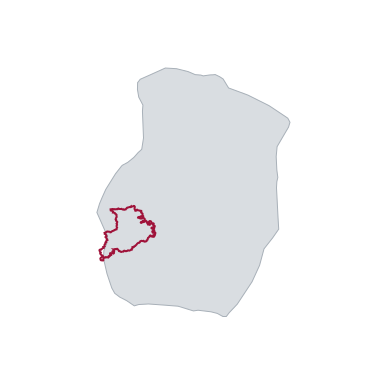 location of Linakeng, Thaba-Tseka, Lesotho, rotated 146°
{"feature_id": "5366337B53729511602766", "entity_name": "Linakeng", "entity_type": "district", "adm_level": 2, "iso_a3": "LSO", "parent_name": "Lesotho", "parent_adm1": "Thaba-Tseka", "projection": "orthographic", "projection_center": [28.976, -29.679], "detail": "fine", "context": "in_parent", "style": "outline", "palette": "rose", "viewbox_px": 384, "rotation_deg": 146, "n_neighbors": 0, "source": "geoboundaries", "source_scale": "gbopen_adm2", "svg_char_len": 6892}
<svg xmlns="http://www.w3.org/2000/svg" viewBox="0 0 384 384"><g transform="rotate(146 192 192)"><path d="M245.2,249.9L235.9,252.9L234.7,253.1L228.7,252.5L220.8,253.2L214.6,254.8L209.8,255.5L202.0,263.9L187.9,286.7L184.1,291.5L183.1,300.4L179.9,307.5L175.9,313.1L171.9,314.4L160.0,312.3L144.8,309.7L135.9,302.9L127.9,294.0L123.7,287.5L119.3,284.0L117.8,282.0L111.6,279.0L109.2,277.5L107.1,276.4L104.6,272.1L103.0,268.3L103.5,257.8L99.0,251.6L91.4,241.0L86.5,232.3L79.8,220.4L75.6,210.2L71.3,199.6L71.8,195.0L75.7,191.8L87.2,186.3L96.1,182.0L102.4,174.3L109.3,162.9L112.7,156.1L116.0,153.0L119.7,148.1L126.1,137.4L133.3,125.5L140.9,112.7L150.7,108.9L164.1,104.6L177.0,93.4L192.4,84.0L217.2,73.7L228.8,71.1L233.2,69.6L236.0,71.5L239.0,77.3L243.3,82.1L253.1,90.6L257.3,92.6L267.4,105.1L278.2,113.7L290.7,123.5L299.1,128.5L303.5,129.9L307.0,138.6L310.6,145.1L312.7,151.2L312.2,157.2L308.2,171.7L302.5,186.5L297.9,192.6L292.3,196.5L286.9,202.3L284.8,214.2L282.3,228.2L275.2,234.0L269.6,237.7L262.0,242.4L245.2,249.9Z" fill="#d9dde1" stroke="#a8b0b8" stroke-width="1"/><path d="M269.2,223.2L269.6,222.5L269.7,222.2L269.0,221.9L269.0,221.3L268.3,220.0L269.1,219.2L268.5,218.7L267.7,217.7L267.7,217.4L267.9,217.1L267.8,216.9L267.5,216.5L267.3,215.3L267.7,214.8L267.9,214.7L268.0,214.0L268.6,213.5L268.8,213.1L269.7,212.9L270.7,211.9L270.5,211.3L270.9,210.9L271.0,210.4L270.9,209.7L270.6,209.3L270.7,208.9L271.5,208.2L271.9,208.1L272.3,207.9L272.3,207.7L272.3,207.4L272.5,206.6L273.3,206.3L273.5,206.0L273.8,205.6L273.9,205.3L274.0,204.3L275.1,203.9L275.4,203.3L275.6,203.4L276.5,203.4L276.9,203.7L277.4,203.9L278.1,203.8L278.3,203.7L278.9,203.9L279.2,203.9L279.8,204.2L281.8,204.0L282.2,204.2L282.1,204.5L282.3,204.9L282.8,205.3L283.1,205.7L283.5,205.8L284.1,206.5L284.5,206.7L284.9,206.8L285.4,206.5L285.6,206.5L286.2,206.9L287.3,207.0L287.3,206.7L287.5,206.6L287.6,206.3L287.8,206.1L287.4,205.3L287.2,204.1L287.3,203.7L287.6,203.6L287.7,203.1L288.8,203.0L288.6,202.4L288.8,201.9L288.8,201.6L288.9,201.1L288.9,200.9L289.0,200.8L288.7,200.2L289.0,199.4L289.7,199.6L290.3,199.4L290.7,199.2L291.1,198.4L291.5,198.7L291.8,198.7L292.4,198.2L292.9,197.4L293.6,197.4L293.9,197.2L294.3,197.0L294.7,195.9L295.1,196.0L295.6,195.7L296.0,195.9L296.0,195.5L296.4,195.1L296.5,195.0L297.0,195.4L297.9,195.3L298.1,195.3L299.5,195.0L300.0,195.5L300.2,195.4L300.9,195.7L301.3,195.5L301.4,195.3L301.8,193.6L301.4,193.0L301.4,192.8L302.5,192.2L302.3,191.8L302.5,191.5L302.4,190.5L302.1,190.1L301.9,189.5L301.7,189.2L301.7,188.6L302.1,188.5L303.1,188.6L303.6,188.4L304.2,188.5L305.1,188.2L305.7,186.9L305.7,186.5L305.4,186.3L305.3,186.0L304.9,185.9L304.6,185.4L304.1,185.0L303.8,184.9L303.5,185.1L303.2,185.8L302.6,186.5L302.1,186.6L301.8,186.5L301.1,186.6L300.4,186.5L300.4,186.1L300.0,186.0L299.6,185.7L299.2,185.7L298.9,185.3L298.6,185.0L298.2,185.0L298.0,184.7L297.8,184.9L297.6,185.2L297.3,185.3L296.9,184.7L296.5,184.8L296.5,185.2L296.4,185.3L296.1,185.2L295.8,184.9L295.4,185.0L295.5,185.6L295.3,185.7L295.0,185.6L294.9,185.3L294.6,185.1L294.3,185.0L294.2,185.3L293.9,185.5L294.0,185.8L293.7,185.9L293.8,186.0L294.1,186.1L294.3,186.5L294.3,186.8L293.9,187.0L293.3,186.4L293.2,186.1L292.7,186.2L292.5,185.9L292.1,185.5L291.9,185.7L291.8,185.9L291.7,185.9L291.5,185.7L291.7,185.4L291.3,185.2L291.3,184.9L291.1,184.9L290.8,185.6L290.9,185.9L290.7,186.0L290.3,185.7L290.2,185.8L290.1,186.2L290.5,186.6L290.8,187.2L290.7,187.2L290.2,186.9L289.9,186.9L289.8,186.7L289.6,186.6L289.5,186.8L289.6,187.3L289.9,187.4L289.8,187.6L289.1,187.6L288.8,187.8L288.9,188.1L288.5,187.8L288.0,187.5L287.8,187.5L287.7,187.7L287.1,187.4L286.7,186.9L286.0,186.9L285.8,186.8L285.6,186.3L285.6,185.9L285.5,185.5L285.5,184.4L285.6,183.9L284.9,183.5L284.8,182.6L284.1,181.8L283.4,181.7L282.1,180.9L281.8,181.0L281.5,181.3L281.2,181.3L280.8,181.1L279.9,179.8L279.5,179.8L278.7,179.4L278.0,179.5L277.5,179.3L277.3,178.9L276.5,178.3L275.8,178.3L275.3,178.1L274.8,178.3L274.2,177.9L273.7,178.5L273.2,178.4L272.8,178.6L272.3,179.7L272.2,179.7L271.3,179.1L270.9,178.9L270.3,179.3L269.5,179.0L269.1,179.0L268.8,179.3L267.7,179.3L266.4,179.8L266.0,179.8L265.7,179.9L265.3,179.8L264.8,179.9L264.2,179.4L263.8,179.4L263.3,179.6L262.9,179.7L262.7,180.0L262.4,180.1L261.2,179.8L260.7,179.1L259.5,178.7L259.3,178.3L259.4,177.7L258.8,177.1L257.9,177.0L257.5,176.7L257.1,176.7L256.5,177.3L255.4,177.3L254.8,178.1L254.2,178.4L254.0,178.6L253.3,178.5L252.6,178.8L252.0,178.7L251.5,179.3L250.8,179.3L250.7,179.2L250.5,178.8L250.4,178.5L250.5,178.0L250.4,177.7L249.6,177.0L249.4,176.6L248.5,176.2L247.8,176.5L248.0,176.7L248.7,177.0L248.7,177.5L248.5,177.8L248.3,177.8L247.9,177.5L246.9,177.2L246.4,177.5L246.7,177.8L246.7,178.0L245.6,178.3L245.3,178.5L245.2,178.6L245.2,179.1L245.4,180.0L245.6,180.3L245.9,180.4L246.8,179.9L247.2,180.1L247.3,180.5L247.0,181.5L246.6,181.7L245.4,181.1L245.0,181.1L244.7,181.3L244.7,181.9L244.8,182.5L245.8,184.4L245.8,184.8L245.6,184.9L245.4,185.0L244.9,184.9L244.2,184.6L244.0,184.2L243.9,183.5L243.6,183.3L243.5,183.5L243.1,183.6L242.1,184.3L241.9,184.6L242.0,185.0L242.7,185.9L242.7,186.3L242.6,186.6L242.4,186.7L242.0,186.6L241.5,187.0L241.4,187.2L241.5,187.6L241.8,187.9L242.0,187.9L242.5,187.8L243.4,188.5L242.6,189.5L242.4,190.3L242.5,190.7L242.9,191.3L243.4,191.6L244.2,191.5L244.6,191.3L244.7,191.0L244.7,190.0L244.9,188.7L245.1,188.5L245.4,188.4L245.8,189.0L246.2,189.4L246.6,189.5L246.6,190.1L246.5,191.6L246.0,192.8L246.2,193.5L246.3,193.9L246.5,193.9L246.8,193.7L248.6,194.0L250.2,194.7L251.3,194.7L251.5,194.9L251.6,195.1L251.6,195.3L251.2,195.6L250.8,195.6L249.7,195.2L248.8,195.6L248.7,195.5L248.3,195.1L247.8,194.9L246.7,195.6L246.3,196.0L246.3,196.7L246.7,197.6L246.9,197.8L247.3,198.1L247.5,198.2L248.5,198.1L249.7,198.9L250.4,200.3L251.0,200.6L251.1,200.8L251.0,201.1L250.6,201.2L249.9,201.0L249.3,200.5L248.0,200.5L247.6,200.3L247.0,199.0L246.8,198.8L246.3,198.7L245.9,199.2L246.0,200.5L245.9,200.8L245.3,201.3L245.1,201.7L245.2,202.4L245.5,202.9L245.7,203.4L245.4,203.8L244.7,204.3L244.6,204.6L244.8,204.7L245.0,205.2L245.6,205.4L246.3,206.5L247.1,207.0L247.4,208.1L248.4,208.2L248.8,207.9L249.0,207.8L249.5,208.2L249.4,208.5L249.1,208.7L249.1,209.3L249.2,209.5L249.1,210.2L248.0,211.3L247.6,211.9L247.7,212.7L248.2,213.1L249.0,213.1L250.0,213.6L250.9,213.6L251.3,213.7L251.5,213.9L251.2,214.2L251.5,214.2L252.2,214.5L252.5,214.5L252.9,214.7L253.2,214.7L254.0,215.1L254.4,215.1L254.5,215.2L254.8,215.1L255.1,215.2L255.5,214.9L255.9,214.9L256.3,214.8L256.6,214.9L256.8,214.7L257.1,214.9L257.7,214.9L258.0,215.4L258.6,215.7L258.6,215.9L258.8,215.9L258.8,216.0L259.3,216.4L259.6,216.9L259.7,217.2L259.8,217.2L259.9,217.4L260.1,217.4L260.6,217.8L261.7,218.5L262.2,219.1L262.5,219.2L262.8,219.5L262.7,219.6L263.0,219.7L263.3,219.4L263.9,219.6L264.1,219.9L264.6,220.3L265.6,220.6L265.9,221.2L266.3,221.5L266.8,221.7L267.3,222.3L268.0,222.6L269.2,223.2Z" fill="none" stroke="#9f1239" stroke-width="2"/></g></svg>